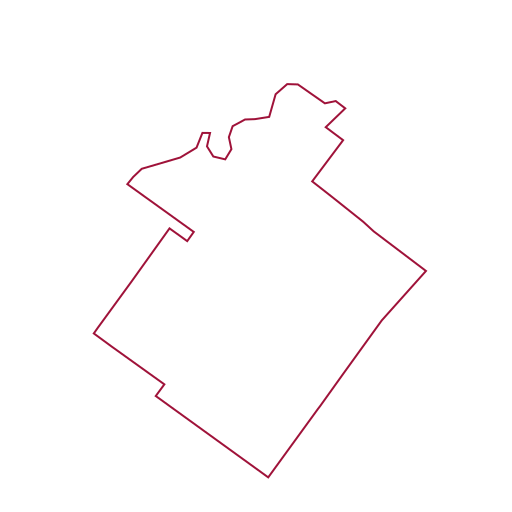 Lincoln, Arkansas, United States of America (Mercator projection), rotated 306°
{"feature_id": "52423323B30857528698803", "entity_name": "Lincoln", "entity_type": "district", "adm_level": 2, "iso_a3": "USA", "parent_name": "United States of America", "parent_adm1": "Arkansas", "projection": "mercator", "projection_center": [-91.656, 33.979], "detail": "fine", "context": "isolated", "style": "outline", "palette": "rose", "viewbox_px": 512, "rotation_deg": 306, "n_neighbors": 0, "source": "geoboundaries", "source_scale": "gbopen_adm2", "svg_char_len": 688}
<svg xmlns="http://www.w3.org/2000/svg" viewBox="0 0 512 512"><g transform="rotate(306 256 256)"><path d="M84.1,396.0L169.1,396.0L172.0,396.1L212.6,395.8L277.9,395.6L343.8,402.3L345.1,336.8L346.7,322.8L348.5,282.5L349.4,257.6L400.9,258.4L401.2,236.7L427.9,241.4L428.2,229.4L420.0,222.0L419.4,189.0L413.4,180.2L398.4,176.8L376.3,184.9L366.1,174.7L360.0,166.9L347.3,160.8L336.2,164.2L328.0,173.3L316.1,174.3L311.4,163.0L315.9,151.9L328.5,146.5L324.1,140.3L308.7,144.2L291.1,136.8L259.4,112.3L247.8,110.2L238.5,109.7L238.9,191.5L227.6,191.6L227.5,169.8L162.5,170.3L104.9,170.2L98.0,170.3L97.9,192.2L98.3,257.3L83.8,257.2L84.1,396.0Z" fill="none" stroke="#9f1239" stroke-width="2"/></g></svg>